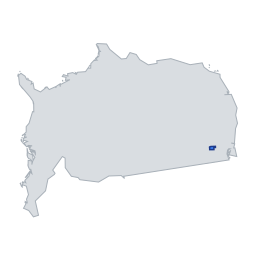 location of Adams, Washington, United States of America, rotated 178°
{"feature_id": "52423323B7193910850758", "entity_name": "Adams", "entity_type": "district", "adm_level": 2, "iso_a3": "USA", "parent_name": "United States of America", "parent_adm1": "Washington", "projection": "orthographic", "projection_center": [-118.309, 46.999], "detail": "fine", "context": "in_parent", "style": "filled", "palette": "blue", "viewbox_px": 256, "rotation_deg": 178, "n_neighbors": 0, "source": "geoboundaries", "source_scale": "gbopen_adm2", "svg_char_len": 3920}
<svg xmlns="http://www.w3.org/2000/svg" viewBox="0 0 256 256"><g transform="rotate(178 128 128)"><path d="M212.6,68.1L223.2,58.3L220.5,43.9L225.6,42.5L230.1,49.0L235.2,51.4L232.3,56.5L232.9,57.9L231.3,56.9L231.9,60.4L229.8,64.9L231.6,73.4L235.1,74.8L236.2,73.4L235.1,72.4L235.8,72.7L236.8,74.0L233.7,77.9L232.1,76.9L232.9,79.3L228.8,83.1L226.9,88.3L226.4,86.5L225.6,85.7L226.6,90.1L227.9,90.1L229.2,93.5L228.9,99.2L225.1,98.3L225.4,94.8L224.5,97.7L226.6,100.1L228.4,101.0L229.5,102.7L229.6,111.4L228.6,106.6L224.3,104.3L223.9,99.0L222.1,101.9L225.9,107.5L222.7,107.1L221.9,107.9L221.8,105.4L221.5,104.9L221.4,106.9L221.9,108.2L226.6,108.3L226.3,110.0L223.7,108.8L223.0,108.9L226.2,110.2L227.3,110.1L227.5,112.0L225.8,111.5L228.6,112.8L228.3,113.4L227.0,112.7L224.5,113.6L228.2,114.1L229.9,112.8L234.2,117.4L230.7,114.0L232.5,116.6L228.9,118.1L232.5,119.4L233.3,117.8L233.0,121.3L229.5,122.5L232.0,122.6L230.8,125.0L233.2,124.6L229.9,127.5L229.7,132.9L226.7,136.2L222.8,147.7L221.6,147.4L221.4,155.8L221.8,157.7L224.7,162.4L234.9,175.2L235.6,184.4L233.1,186.4L229.1,183.4L227.5,180.0L222.4,177.8L223.2,175.2L221.3,176.3L220.4,170.3L214.2,167.1L207.6,171.9L205.4,169.2L198.3,172.1L198.9,170.5L198.0,172.3L194.9,174.2L194.2,171.7L194.1,173.7L184.4,178.3L188.9,177.8L188.1,180.8L191.9,181.7L190.6,183.6L186.2,182.0L186.5,184.4L181.3,185.3L177.8,183.4L176.4,185.5L168.5,185.8L164.9,190.5L165.8,189.2L163.2,189.1L162.9,193.6L158.8,197.6L159.7,196.5L156.5,196.9L157.9,198.0L154.6,200.8L154.0,205.7L152.3,205.4L153.9,206.2L154.9,210.3L156.8,212.4L155.8,213.5L146.5,212.7L143.5,207.2L132.2,197.2L127.3,197.5L123.4,203.3L117.2,201.2L113.9,195.9L105.5,190.4L96.7,191.6L96.9,194.2L82.7,195.8L63.7,189.1L51.6,190.5L49.9,186.1L44.7,181.9L34.2,178.5L34.2,175.3L25.8,160.7L26.1,159.3L27.8,161.2L26.8,158.0L30.5,157.9L23.6,158.0L18.3,144.2L19.9,137.1L18.4,128.9L20.5,123.8L22.2,108.8L25.4,109.4L21.9,108.4L23.1,104.4L21.9,104.4L20.3,95.7L27.9,97.7L26.1,102.1L28.8,99.1L28.4,102.8L26.5,103.6L27.8,103.9L29.3,102.4L30.0,98.6L28.1,92.6L134.0,79.9L133.3,77.7L136.4,80.7L148.8,80.7L159.3,75.0L177.9,78.0L179.6,80.2L186.3,81.7L192.1,90.5L191.9,100.1L194.6,101.8L204.7,88.6L202.5,85.3L203.3,84.1L209.8,79.7L212.6,68.1ZM230.9,83.6L232.6,81.8L227.0,89.0L231.2,82.2L230.9,83.6ZM28.5,96.3L29.4,98.7L29.4,99.1L28.0,97.2L28.5,96.3ZM156.5,211.7L154.7,208.4L154.4,206.3L155.0,208.4L156.5,211.7ZM232.9,56.3L233.5,57.4L233.1,57.4L232.9,56.3ZM178.1,184.4L178.5,185.2L177.6,184.8L178.1,184.4ZM38.2,182.1L39.4,181.7L39.5,181.8L38.2,182.1ZM36.9,181.8L36.4,182.4L36.0,181.8L36.9,181.8ZM235.4,76.7L235.3,77.8L235.1,77.7L235.4,76.7ZM154.7,204.2L154.4,206.1L155.4,202.4L154.7,204.2ZM231.8,170.9L233.7,173.4L231.5,170.7L231.8,170.9ZM44.4,185.1L45.0,186.0L44.4,185.1L44.4,185.1ZM236.2,184.6L235.6,186.1L236.4,183.2L236.2,184.6ZM235.3,119.2L235.1,120.9L234.4,117.6L235.3,119.2ZM27.6,94.3L27.6,95.0L27.2,94.6L27.6,94.3ZM158.0,198.7L156.5,199.9L158.0,198.4L158.0,198.7ZM237.3,75.6L237.7,76.4L237.1,76.7L237.3,75.6ZM44.4,187.7L44.8,188.8L44.3,187.8L44.4,187.7ZM156.2,200.7L155.6,201.3L156.1,200.4L156.2,200.7ZM229.8,104.2L229.7,106.4L229.6,103.5L229.8,104.2ZM164.5,191.3L163.6,192.3L164.9,190.7L164.5,191.3ZM221.9,156.6L222.1,158.0L221.7,157.1L221.9,156.6ZM233.6,124.7L233.4,125.1L233.8,123.6L233.6,124.7ZM210.1,170.4L209.1,171.6L208.6,171.7L210.1,170.4ZM194.4,174.2L194.2,174.5L193.5,174.8L194.4,174.2ZM226.3,180.8L226.7,181.6L226.1,180.7L226.3,180.8ZM191.8,177.4L191.8,178.3L191.3,176.8L191.8,177.4ZM234.2,188.2L233.6,188.7L234.4,187.9L234.2,188.2ZM229.3,94.1L229.3,95.2L229.2,93.7L229.3,94.1ZM234.5,121.5L234.3,122.1L234.2,122.1L234.5,121.5Z" fill="#d9dde1" stroke="#a8b0b8" stroke-width="1"/><path d="M42.9,103.4L42.9,105.5L41.3,105.5L41.3,106.6L45.1,106.6L46.1,106.6L46.3,106.5L46.3,106.4L46.5,106.3L46.8,106.3L46.8,106.1L47.0,106.0L46.9,105.9L47.0,105.8L47.1,105.5L47.1,103.5L46.7,103.5L42.9,103.4Z" fill="#3b82f6" stroke="#1e3a8a" stroke-width="1.5"/></g></svg>